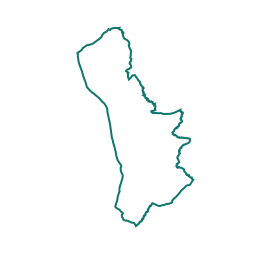 Sangkhom, Nong Khai, Thailand (Robinson projection), rotated 212°
{"feature_id": "78962969B79910801110812", "entity_name": "Sangkhom", "entity_type": "district", "adm_level": 2, "iso_a3": "THA", "parent_name": "Thailand", "parent_adm1": "Nong Khai", "projection": "robinson", "projection_center": [102.176, 18.069], "detail": "fine", "context": "isolated", "style": "outline", "palette": "teal", "viewbox_px": 256, "rotation_deg": 212, "n_neighbors": 0, "source": "geoboundaries", "source_scale": "gbopen_adm2", "svg_char_len": 5708}
<svg xmlns="http://www.w3.org/2000/svg" viewBox="0 0 256 256"><g transform="rotate(212 128 128)"><path d="M188.5,208.2L189.1,207.6L192.2,205.8L194.5,203.8L194.8,203.1L195.2,201.5L196.9,201.6L197.1,199.1L197.6,197.6L198.6,196.3L198.8,195.6L198.8,194.6L199.1,193.8L199.0,192.4L198.7,191.2L199.4,188.7L202.6,180.7L204.1,178.9L206.5,176.6L207.5,174.7L208.6,171.9L208.7,169.4L208.9,168.8L210.7,164.8L209.6,163.9L209.1,163.2L208.5,162.1L204.4,157.4L197.3,151.8L192.4,147.4L188.0,144.1L184.5,140.9L179.6,139.5L177.0,139.1L175.6,139.2L173.2,138.7L169.6,138.3L166.2,137.5L163.7,136.6L161.2,136.3L157.8,134.7L156.3,133.6L155.0,132.3L154.3,131.0L145.5,122.0L136.5,111.2L134.8,109.8L131.7,106.7L128.6,104.0L125.3,100.7L123.0,98.0L119.9,95.4L118.7,94.7L114.5,92.9L113.4,92.0L113.1,91.1L113.1,90.2L111.7,88.3L110.9,87.4L108.1,85.6L107.3,84.9L106.1,82.6L103.7,73.3L102.9,71.5L101.6,69.9L100.7,65.6L99.9,63.2L99.1,61.9L98.9,61.1L97.8,56.7L97.1,54.6L96.4,54.1L94.4,54.0L92.6,54.2L91.2,54.0L89.7,53.4L87.6,53.2L87.1,52.9L87.2,51.1L86.8,50.3L86.2,49.6L85.4,49.1L84.6,49.0L84.1,48.4L83.1,47.8L81.5,48.0L79.9,48.9L78.7,49.2L74.9,49.7L72.9,50.6L72.2,50.6L71.4,50.3L69.3,49.1L68.4,52.2L68.0,52.8L68.3,54.3L68.1,54.9L67.8,54.8L67.6,55.5L67.2,55.7L67.0,56.3L67.3,56.7L67.2,57.5L67.5,57.7L67.3,58.0L67.7,58.7L67.1,58.9L67.2,59.1L66.9,59.3L66.9,59.6L67.4,60.2L67.6,60.8L67.5,61.4L67.7,61.6L68.0,61.6L68.1,61.9L67.8,62.5L67.3,62.7L67.4,63.1L67.2,63.5L67.5,63.9L67.4,64.4L67.9,64.7L68.0,65.0L68.0,66.5L67.7,66.8L67.3,66.8L67.2,67.1L66.9,67.7L66.9,67.9L67.8,69.0L67.6,69.2L67.6,69.6L67.8,69.8L67.6,70.1L68.1,71.8L67.8,73.1L68.1,73.7L67.9,73.9L67.4,74.2L67.5,74.6L67.3,75.2L67.6,75.7L67.5,76.2L67.6,76.7L67.3,77.2L64.3,77.7L61.7,77.9L60.3,78.4L59.2,79.2L58.1,80.6L56.3,82.1L55.2,83.9L53.5,85.2L51.6,87.2L51.2,88.5L51.8,89.3L52.0,89.9L52.0,90.6L50.8,95.2L49.9,100.1L49.7,103.2L48.5,107.2L47.9,110.0L47.3,110.8L46.2,111.7L45.4,112.7L45.3,118.8L46.6,118.7L47.7,119.8L48.3,119.3L49.3,119.2L49.8,119.5L50.7,119.3L51.0,120.2L51.2,120.3L51.7,119.7L52.4,119.5L52.8,119.9L53.3,119.4L53.5,119.6L54.3,119.8L54.6,120.2L55.6,120.7L57.2,120.9L58.1,122.1L58.9,122.7L59.9,122.5L61.3,122.6L62.9,122.0L64.2,121.9L64.4,121.7L64.5,120.8L64.9,120.5L65.3,120.5L66.1,120.8L66.8,121.2L66.9,122.5L67.5,122.9L67.6,123.1L67.3,123.8L66.8,124.4L66.7,124.9L66.9,125.6L66.5,126.0L68.0,127.4L70.6,129.0L70.7,129.5L70.5,130.8L70.7,131.2L70.5,132.0L70.9,133.1L70.6,133.8L71.0,134.0L71.4,134.7L71.9,134.7L72.1,135.9L72.6,135.7L72.9,136.2L72.7,137.0L72.9,138.7L72.2,139.2L72.2,139.9L72.7,140.5L72.5,141.0L72.4,141.8L72.2,142.1L72.2,142.9L71.8,143.2L71.8,143.5L71.2,143.8L71.1,144.2L69.0,147.0L68.5,148.2L68.5,149.4L68.6,149.8L69.5,151.3L70.0,151.7L71.0,151.4L72.3,150.8L72.6,150.4L73.4,150.3L73.9,149.9L74.9,149.6L75.1,149.4L75.7,149.2L76.2,148.8L76.9,148.7L77.2,148.3L77.6,148.3L77.8,147.9L78.5,147.6L78.8,147.2L79.2,147.3L79.6,146.9L80.0,147.1L80.5,146.6L81.3,146.5L81.9,146.7L82.2,147.0L82.5,146.8L83.6,147.2L84.5,147.1L84.8,146.4L85.1,146.3L86.1,146.8L86.7,146.5L86.9,146.6L87.2,147.2L88.0,147.7L87.8,148.6L87.3,149.8L87.5,150.6L87.9,151.2L87.9,151.7L87.7,152.0L87.5,152.8L87.4,152.7L87.0,153.1L87.0,153.7L86.2,154.4L86.3,155.0L86.7,155.3L86.3,155.7L86.2,156.6L85.9,156.9L85.9,157.3L86.5,157.7L86.7,158.3L86.6,158.6L86.7,159.0L86.6,159.6L86.3,159.8L86.4,160.0L86.2,160.2L86.1,160.8L85.6,161.6L85.6,162.3L85.8,162.5L86.8,163.0L87.3,163.0L87.2,163.3L87.5,163.5L87.7,163.3L88.0,163.4L88.4,163.7L88.4,163.9L88.2,164.0L88.5,164.7L88.3,166.0L88.5,166.4L88.9,166.4L89.0,167.9L89.4,167.9L89.6,168.1L89.2,168.9L89.6,170.1L90.0,170.2L90.3,170.0L90.5,170.1L91.1,169.8L91.7,170.2L92.0,170.1L91.9,169.8L92.5,169.9L93.1,170.4L92.9,171.0L93.1,171.3L97.0,165.2L99.9,162.2L106.0,158.3L107.3,158.3L108.1,158.1L109.9,156.7L112.5,155.4L114.7,153.9L115.0,153.8L116.7,154.0L117.1,154.4L116.7,155.2L116.1,155.2L115.9,155.5L115.8,155.9L115.5,156.2L115.4,156.6L115.0,156.8L114.7,157.1L114.8,157.4L114.4,157.7L115.0,158.3L115.0,158.6L115.3,158.7L115.6,159.2L115.8,160.1L116.4,161.2L117.0,161.2L117.4,161.8L117.8,161.6L117.7,161.3L117.8,161.2L117.9,161.5L118.3,161.8L118.3,162.2L118.6,161.8L119.0,162.1L119.3,161.9L119.4,162.1L120.0,161.9L120.4,162.6L120.7,162.4L121.1,162.9L122.2,162.6L122.6,162.8L123.0,162.3L123.2,161.8L123.5,161.7L123.6,162.0L123.8,162.1L124.0,162.0L124.0,161.7L124.4,161.7L124.7,161.5L124.9,162.2L125.3,162.1L126.0,162.9L126.3,162.6L126.7,162.9L126.9,162.5L127.5,162.9L127.6,162.4L128.1,162.8L128.3,163.3L129.1,162.8L129.8,163.4L130.8,163.5L131.1,164.2L131.1,164.6L131.4,164.5L131.1,164.9L131.3,165.4L131.8,165.5L132.1,165.0L132.4,165.2L132.6,164.9L132.7,165.5L133.7,165.7L133.9,165.9L133.6,166.4L133.8,166.9L135.1,167.1L135.6,167.5L135.7,168.8L135.9,169.1L135.8,169.7L135.9,170.2L137.0,170.3L137.2,170.1L137.5,170.7L137.8,170.6L138.0,170.8L138.5,171.0L138.9,171.1L139.3,171.1L139.6,171.3L139.8,171.2L140.9,172.1L141.2,172.1L141.3,172.4L141.6,172.6L141.6,172.8L142.4,173.1L142.8,173.7L144.4,173.7L144.8,174.2L150.4,176.5L150.9,175.8L152.2,174.8L152.2,172.2L153.0,169.6L155.6,171.8L156.2,173.2L157.1,174.0L156.9,175.1L157.6,175.2L159.5,175.1L159.8,175.2L159.8,176.5L158.1,179.3L158.0,180.3L157.5,180.7L157.6,181.6L159.7,183.4L160.3,183.3L160.8,183.6L161.3,185.3L161.0,185.9L161.1,186.1L161.2,187.5L161.6,187.8L162.0,188.5L163.2,188.8L163.6,189.3L164.3,191.3L164.9,192.1L165.7,194.2L166.2,194.9L169.2,196.8L171.0,198.3L171.2,198.6L171.3,199.5L171.6,200.4L172.9,201.5L175.3,202.1L178.1,201.8L179.1,202.0L181.9,204.3L182.0,205.3L182.5,206.5L183.1,206.5L183.6,205.8L183.9,206.1L183.9,206.7L184.1,206.9L184.6,206.9L185.2,207.6L185.6,207.7L186.1,207.4L186.5,207.5L187.1,207.1L187.7,207.3L188.2,207.2L188.5,207.5L188.5,208.2Z" fill="none" stroke="#0f766e" stroke-width="2"/></g></svg>